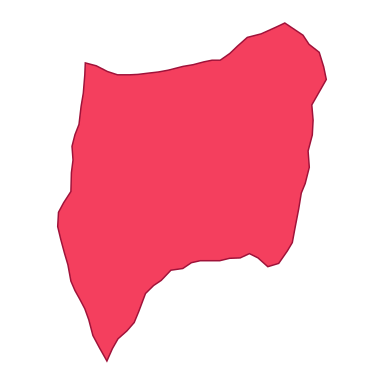 Pinhais, Paraná, Brazil
{"feature_id": "56859067B39205088025150", "entity_name": "Pinhais", "entity_type": "district", "adm_level": 2, "iso_a3": "BRA", "parent_name": "Brazil", "parent_adm1": "Paraná", "projection": "equal_earth", "projection_center": [-49.159, -25.426], "detail": "fine", "context": "isolated", "style": "filled", "palette": "rose", "viewbox_px": 384, "rotation_deg": 0, "n_neighbors": 0, "source": "geoboundaries", "source_scale": "gbopen_adm2", "svg_char_len": 1039}
<svg xmlns="http://www.w3.org/2000/svg" viewBox="0 0 384 384"><path d="M85.3,62.9L84.8,74.8L83.3,93.2L81.1,106.3L79.0,124.4L75.0,134.6L72.0,146.3L73.0,160.0L71.4,172.7L70.9,191.5L63.6,202.8L58.5,212.3L57.7,226.6L60.8,239.5L64.6,253.6L67.9,264.7L70.9,281.1L75.0,290.6L79.8,299.2L84.8,308.7L88.8,319.8L92.9,335.5L99.3,347.5L106.9,361.0L112.4,348.6L118.0,338.8L126.9,330.9L134.2,322.5L138.7,311.6L145.5,293.5L153.6,285.5L161.2,280.4L170.9,270.2L182.8,268.5L191.4,262.7L200.3,260.7L209.3,260.7L219.8,260.7L229.6,258.3L240.2,257.9L249.4,253.6L258.0,257.9L267.8,266.7L278.7,263.4L287.3,251.0L292.3,242.6L294.9,228.6L298.7,208.9L301.3,193.0L305.2,183.5L309.3,167.3L308.1,151.0L312.3,135.0L313.1,120.2L311.8,104.9L326.3,79.5L323.7,66.9L319.2,52.3L309.0,44.3L303.0,35.2L284.8,23.0L275.9,27.2L261.0,33.9L247.3,37.4L237.5,46.1L229.9,53.4L220.2,60.2L212.1,60.2L204.1,61.8L193.1,64.7L183.0,66.4L168.1,70.2L158.2,72.0L148.6,73.1L138.0,74.4L129.7,74.8L117.5,74.8L107.4,71.5L96.3,65.8L85.3,62.9Z" fill="#f43f5e" stroke="#9f1239" stroke-width="1.5"/></svg>